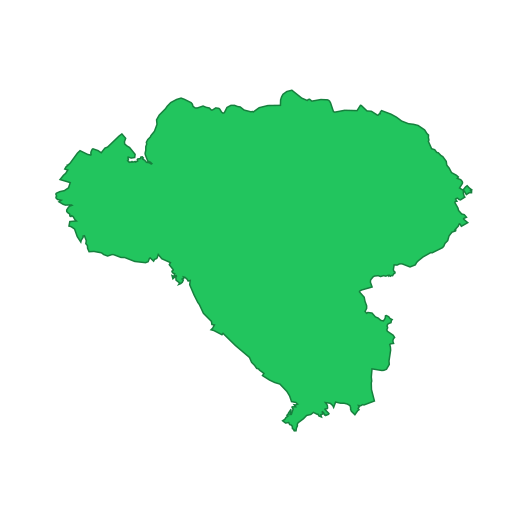 outline of Ghindari, Mures, Romania, rotated 187°
{"feature_id": "2599482B27898691544172", "entity_name": "Ghindari", "entity_type": "district", "adm_level": 2, "iso_a3": "ROU", "parent_name": "Romania", "parent_adm1": "Mures", "projection": "natural_earth1", "projection_center": [24.947, 46.49], "detail": "fine", "context": "isolated", "style": "filled", "palette": "green", "viewbox_px": 512, "rotation_deg": 187, "n_neighbors": 0, "source": "geoboundaries", "source_scale": "gbopen_adm2", "svg_char_len": 6077}
<svg xmlns="http://www.w3.org/2000/svg" viewBox="0 0 512 512"><g transform="rotate(187 256 256)"><path d="M262.5,406.8L270.9,403.6L276.3,398.6L277.1,399.0L278.6,398.5L285.6,399.4L289.8,402.0L292.5,402.1L295.6,402.9L299.2,402.5L302.9,399.9L304.9,394.4L306.1,393.7L307.7,394.6L309.9,397.4L310.9,398.0L314.0,398.1L317.0,395.6L318.1,395.4L320.3,397.2L323.7,397.5L326.8,398.4L332.2,395.8L334.3,395.5L336.7,396.8L337.7,399.0L339.1,400.3L346.2,402.8L349.6,403.6L353.9,401.7L359.3,397.9L362.4,393.8L363.8,391.1L369.2,384.1L371.3,379.0L370.3,374.6L372.0,367.4L374.9,362.8L375.4,361.2L377.6,358.4L378.7,355.5L378.1,353.8L378.7,351.2L378.3,347.5L378.6,344.5L378.2,343.0L375.0,337.0L372.1,336.2L370.6,335.0L371.2,334.5L373.5,335.6L376.1,335.6L378.2,337.5L380.4,338.4L380.6,338.8L379.8,339.6L381.0,340.6L382.4,340.1L382.6,338.6L385.2,337.9L385.6,337.1L385.0,335.8L387.1,334.5L387.5,335.1L389.7,334.1L390.6,334.7L391.3,333.9L392.1,334.0L392.8,333.5L393.7,333.8L393.8,334.4L394.8,334.7L395.1,334.9L394.4,336.3L395.0,337.6L394.9,338.6L391.8,338.0L388.4,339.0L388.4,342.2L394.7,348.3L397.3,349.4L400.0,351.2L400.5,353.4L399.7,356.9L404.0,360.8L406.5,358.4L416.6,346.0L419.1,344.7L422.2,339.6L425.7,341.4L430.9,342.5L431.6,341.9L432.4,339.5L432.5,338.1L432.1,336.5L432.3,336.0L435.5,336.3L443.5,339.1L445.8,336.3L451.9,325.3L453.6,323.5L454.4,323.2L454.1,322.6L455.4,321.4L456.4,319.0L453.3,318.4L455.0,314.8L456.9,312.7L459.8,308.0L449.3,306.2L450.4,300.8L454.2,297.5L458.5,296.0L461.8,294.0L462.2,293.1L461.2,291.1L461.7,290.2L461.6,289.3L459.9,287.9L456.1,287.6L458.2,285.8L453.7,283.8L451.3,283.3L445.5,284.2L444.8,283.9L447.0,282.8L448.1,281.5L449.5,278.6L449.3,277.2L448.4,276.2L446.0,274.9L445.6,273.0L444.5,272.6L443.9,273.5L442.3,272.8L440.3,270.2L438.6,268.9L445.0,267.5L445.3,262.9L443.1,262.6L439.4,260.7L435.8,253.5L431.6,248.5L431.4,250.4L429.9,253.4L430.0,254.8L428.8,255.2L426.3,250.5L426.4,247.5L424.6,245.8L424.1,243.1L422.2,239.9L417.4,240.8L409.7,240.3L407.4,238.9L403.3,237.9L399.1,239.9L397.5,240.0L389.8,238.1L386.1,238.5L375.7,235.8L364.8,235.9L362.4,237.2L361.5,240.6L360.8,241.2L357.0,238.4L356.3,240.3L354.5,241.3L353.9,242.1L353.2,245.6L349.2,241.8L340.1,239.0L341.0,236.8L336.5,232.3L336.5,231.6L337.6,230.7L337.3,229.9L336.0,228.7L334.6,228.6L334.9,225.6L336.9,226.3L335.7,223.3L334.1,225.2L333.7,226.5L332.8,226.8L332.5,226.2L333.0,225.3L332.4,222.3L328.5,219.9L329.2,218.4L327.4,219.4L325.9,221.0L325.2,223.3L326.5,224.1L324.9,225.3L325.5,226.4L323.8,226.1L321.5,224.5L320.3,222.9L318.3,223.7L318.3,219.4L312.7,209.7L308.0,202.7L306.3,200.9L301.2,192.7L292.3,185.7L291.4,182.6L288.9,182.5L290.2,179.1L291.6,177.3L288.8,176.9L280.2,173.7L279.3,175.2L265.6,164.7L250.1,154.5L247.4,149.9L244.1,147.3L241.6,144.5L239.7,144.3L238.8,143.3L233.8,140.4L235.0,138.1L227.4,134.5L222.0,132.7L216.7,131.8L208.8,125.3L205.6,121.2L203.0,115.8L198.6,115.5L196.6,114.1L198.4,113.0L200.0,113.0L198.3,111.2L201.7,110.7L201.7,109.9L200.5,108.7L201.6,103.1L202.9,102.8L202.3,105.5L202.9,105.8L202.5,107.4L202.8,107.6L204.7,103.9L204.7,103.2L205.9,101.7L204.8,101.0L206.6,99.3L207.5,97.4L209.5,95.7L206.3,93.8L203.3,94.7L202.0,92.8L200.7,92.6L199.3,91.5L198.8,89.1L197.1,88.3L197.1,87.4L196.7,87.1L195.0,87.4L194.9,90.2L194.2,92.4L194.5,94.2L193.8,95.7L189.1,100.2L186.3,103.9L182.3,105.4L179.9,107.8L176.2,106.4L175.2,106.5L174.1,104.9L171.4,104.2L172.4,106.3L170.3,107.4L171.3,109.3L171.0,109.6L169.8,108.7L168.5,106.5L167.3,106.7L167.2,106.3L164.7,107.7L164.4,108.5L168.9,112.2L168.8,112.6L166.7,113.2L166.4,113.8L167.0,116.5L169.3,119.0L164.4,118.9L161.6,116.9L160.5,115.2L159.2,120.7L154.2,120.2L150.6,120.6L147.4,120.2L144.5,119.0L143.5,116.7L143.5,115.5L142.4,113.5L138.5,110.5L136.1,115.0L135.0,116.0L136.1,117.2L135.2,118.8L136.1,120.1L134.0,120.0L132.0,121.5L130.7,121.3L120.8,126.5L125.1,137.5L126.1,144.0L125.9,146.0L126.8,149.9L127.1,158.1L117.1,157.7L115.2,158.1L112.7,159.5L110.5,164.6L111.2,168.0L110.9,178.9L111.5,182.0L112.5,184.5L111.7,185.2L108.8,186.0L109.6,187.6L109.8,189.2L109.4,190.8L108.5,192.0L110.2,194.1L116.4,197.3L117.2,198.6L116.6,200.7L116.7,201.4L117.4,202.3L117.3,203.5L116.5,204.9L113.9,206.3L113.8,208.4L113.1,209.5L115.4,210.3L116.9,211.9L119.4,212.8L120.2,212.4L120.2,209.9L121.6,207.1L124.3,207.3L127.2,209.3L130.1,210.1L133.9,213.5L138.1,213.6L139.2,212.6L141.0,214.3L139.8,217.5L140.1,220.0L142.3,224.3L143.6,228.3L149.0,233.0L148.9,233.7L147.1,235.1L137.0,239.4L139.3,244.0L139.3,246.3L137.2,249.6L136.0,250.5L132.3,251.4L129.8,250.8L127.0,252.1L124.8,251.8L122.4,253.0L121.7,252.2L121.1,253.1L120.1,252.3L119.3,253.1L118.0,253.1L117.1,255.3L116.2,255.6L116.0,256.6L116.3,257.2L117.1,257.4L118.0,259.2L117.8,264.0L114.8,264.2L112.5,265.7L110.0,266.0L101.8,263.9L96.8,266.6L95.8,269.1L94.2,271.2L90.0,275.5L82.9,280.7L81.6,280.6L71.9,287.0L70.8,288.6L70.0,291.5L67.6,294.6L66.9,299.3L65.8,301.3L64.3,303.6L61.0,305.2L60.9,305.9L61.9,305.8L61.8,306.2L58.9,310.3L58.3,312.5L57.9,312.8L57.1,312.3L55.8,310.5L49.9,314.9L54.5,317.9L54.5,318.5L51.8,320.1L54.3,322.4L57.0,322.8L60.5,325.9L61.4,328.2L65.0,333.1L65.1,333.9L64.8,334.4L63.3,334.8L64.9,336.8L64.2,337.5L63.1,338.0L61.2,336.8L59.9,336.6L55.9,339.9L56.6,340.5L57.8,343.3L58.1,345.7L57.3,345.9L54.7,342.6L52.1,344.8L49.8,345.1L49.9,346.4L51.7,347.2L50.1,347.3L49.8,347.9L52.6,349.5L55.0,351.5L56.5,350.0L58.6,346.6L62.3,348.3L60.0,353.1L60.0,354.4L60.7,355.4L62.1,356.7L65.7,357.6L64.8,359.1L67.0,360.6L72.1,362.6L75.0,366.8L77.7,369.4L78.7,373.1L82.7,377.4L84.7,378.3L87.7,380.7L89.2,380.8L91.6,383.3L94.8,383.9L98.9,390.8L98.5,392.2L99.3,394.4L99.5,397.1L101.2,398.3L104.0,401.7L111.0,405.3L115.6,405.9L120.9,405.9L127.9,407.7L133.5,410.9L139.2,413.2L149.1,415.6L150.3,413.7L150.0,412.4L150.9,412.2L151.7,410.9L152.4,410.5L159.1,413.7L163.5,413.5L169.8,418.2L170.7,418.3L173.4,412.6L185.8,411.4L195.5,408.3L196.8,408.9L200.7,417.1L201.9,418.7L203.0,419.4L204.2,419.7L210.7,419.2L219.5,416.5L221.9,418.1L223.2,417.7L224.1,416.6L229.9,418.3L240.6,424.9L245.5,423.0L248.9,419.8L250.0,417.1L250.6,414.0L250.1,408.5L262.5,406.8Z" fill="#22c55e" stroke="#15803d" stroke-width="1.5"/></g></svg>